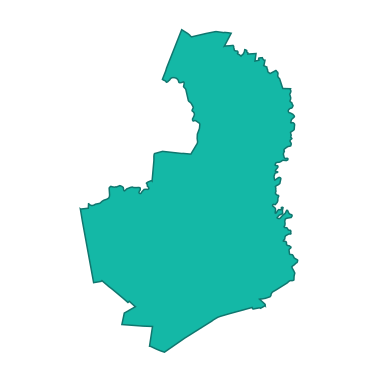 Sacalaz, Timis, Romania (Mercator projection), rotated 274°
{"feature_id": "2599482B38355602258624", "entity_name": "Sacalaz", "entity_type": "district", "adm_level": 2, "iso_a3": "ROU", "parent_name": "Romania", "parent_adm1": "Timis", "projection": "mercator", "projection_center": [21.049, 45.772], "detail": "fine", "context": "isolated", "style": "filled", "palette": "teal", "viewbox_px": 384, "rotation_deg": 274, "n_neighbors": 0, "source": "geoboundaries", "source_scale": "gbopen_adm2", "svg_char_len": 6099}
<svg xmlns="http://www.w3.org/2000/svg" viewBox="0 0 384 384"><g transform="rotate(274 192 192)"><path d="M133.3,298.6L135.7,297.2L136.4,296.5L136.5,295.8L136.6,294.0L137.0,293.6L141.0,292.8L141.8,293.1L143.1,294.4L143.9,294.6L145.1,292.9L145.3,291.2L145.6,290.5L146.7,289.8L147.8,289.9L149.1,289.2L149.3,288.4L149.3,286.6L149.6,286.5L150.2,286.7L151.5,287.8L153.7,287.9L154.9,288.5L156.8,291.4L156.9,292.2L156.9,293.1L157.3,293.6L158.6,293.3L159.7,293.4L160.5,293.0L160.7,292.6L160.6,291.6L160.9,290.7L162.7,289.4L162.9,289.0L163.0,288.5L163.0,287.0L163.5,286.4L164.0,286.3L164.9,286.8L165.7,287.0L167.3,287.0L169.1,286.6L171.4,286.9L171.8,287.3L172.5,288.7L173.5,292.7L175.0,293.5L175.9,293.4L176.3,292.9L176.7,291.3L177.1,290.6L177.8,290.0L180.3,288.6L180.4,288.0L180.3,287.7L177.1,286.4L175.1,284.1L171.9,281.7L171.5,280.7L171.7,279.3L172.0,278.8L172.5,278.7L174.9,280.5L175.8,282.2L176.9,283.8L177.4,283.9L179.8,283.5L182.8,283.9L183.1,283.3L182.8,282.3L182.4,282.2L181.1,282.4L180.6,282.2L180.4,281.5L180.5,280.1L180.5,279.7L179.2,278.6L177.2,277.6L176.8,277.2L176.7,276.7L176.8,276.5L177.5,276.4L180.0,276.6L181.4,276.3L182.1,275.6L183.7,273.4L184.0,273.3L184.8,273.4L185.4,274.1L185.2,275.8L185.3,276.1L186.5,276.8L187.4,277.6L189.2,278.2L192.0,278.1L193.9,278.8L194.6,278.5L194.7,277.3L196.1,275.5L197.1,275.3L198.5,275.7L200.7,275.3L201.5,275.4L203.2,274.8L204.3,275.9L205.3,277.6L206.6,279.0L211.4,279.7L211.9,279.6L212.4,279.0L212.7,278.0L212.4,277.3L209.8,274.1L209.7,273.6L209.9,273.5L213.0,272.7L215.9,273.3L216.5,273.7L216.9,274.2L217.4,275.7L217.9,276.1L218.2,275.7L218.3,274.3L218.5,273.8L219.0,273.7L220.1,274.1L222.4,275.8L223.1,276.0L223.9,275.8L224.2,275.4L224.3,273.4L224.7,273.0L225.0,273.0L226.7,273.5L227.3,274.4L227.6,275.2L227.6,275.9L227.9,277.3L228.6,278.6L229.5,279.6L230.0,280.6L229.9,283.9L230.6,285.1L230.8,285.3L231.5,285.4L232.0,285.3L232.2,284.9L232.3,284.4L231.9,283.0L232.2,282.1L233.0,281.5L236.1,280.5L237.1,280.6L239.0,281.3L239.4,281.2L239.5,280.8L240.6,280.8L241.6,281.4L242.0,282.1L242.7,282.7L243.1,283.4L243.9,284.2L244.7,286.9L245.0,287.3L246.4,287.6L247.5,287.5L249.7,286.1L250.8,286.5L252.2,287.9L252.8,287.5L253.6,286.6L255.7,287.0L256.8,286.5L258.4,286.1L258.7,286.4L259.1,287.0L260.9,289.2L261.7,289.6L264.5,289.6L266.1,289.7L267.1,289.4L268.0,288.4L268.2,287.7L268.1,286.6L267.8,286.1L267.9,285.8L268.1,285.6L271.2,286.2L273.8,288.6L274.3,288.9L274.6,288.8L275.3,288.5L276.6,287.1L277.7,284.6L277.9,283.3L278.9,282.5L279.9,282.3L281.0,282.8L281.8,283.6L282.4,284.4L282.5,285.2L283.1,286.0L285.1,286.8L285.7,286.6L286.2,286.0L287.9,285.4L289.0,283.7L289.6,283.3L291.6,283.9L293.0,283.9L296.4,282.6L297.6,283.2L298.9,283.6L299.7,283.6L301.1,282.9L301.9,283.1L301.6,275.3L310.6,271.7L311.2,271.4L312.2,270.2L313.2,269.6L313.8,269.4L316.3,269.5L317.4,269.1L317.5,268.8L319.0,267.4L319.1,267.2L315.6,261.6L317.1,259.4L317.6,259.1L319.1,258.9L320.9,258.0L321.8,258.0L323.1,254.7L324.5,255.1L328.5,255.6L328.4,255.0L329.0,254.1L329.8,253.3L330.9,252.8L330.6,250.6L330.2,249.3L329.4,249.2L328.3,249.7L328.1,249.6L327.0,245.7L334.6,246.2L333.5,238.1L334.7,238.1L335.6,236.8L337.0,236.7L337.6,235.4L337.7,234.7L335.3,234.4L333.1,233.4L331.4,231.6L331.0,231.4L331.9,230.2L332.8,228.6L332.8,228.3L333.0,227.9L333.4,227.7L334.7,228.2L335.7,227.5L335.8,225.4L336.4,224.4L337.1,224.1L337.9,224.0L338.9,223.5L340.3,223.4L341.1,222.7L340.5,219.2L339.9,214.5L339.7,214.1L353.1,220.0L353.4,217.1L353.5,213.4L353.2,212.8L353.7,205.3L353.6,204.1L351.1,194.9L346.7,180.7L347.5,179.5L348.3,178.8L349.8,176.7L353.2,170.4L314.0,158.0L310.8,157.3L302.3,154.6L301.7,155.6L301.0,157.6L300.5,158.2L299.8,158.7L299.7,159.0L300.3,160.1L301.3,160.9L302.1,161.8L303.6,162.7L304.2,163.4L304.5,163.9L304.8,165.0L304.8,166.8L304.4,168.4L303.7,169.4L302.5,170.5L300.6,171.2L300.2,171.7L300.2,173.1L300.6,174.3L301.2,175.5L301.2,176.0L300.7,176.4L299.3,176.6L296.6,176.2L295.9,176.7L294.8,178.0L293.8,178.7L282.9,182.0L282.2,182.6L281.4,183.8L280.4,185.0L276.8,187.3L276.0,187.3L273.7,186.4L273.1,186.4L272.9,186.5L272.1,187.7L271.4,188.3L270.8,188.7L269.4,189.0L267.7,188.6L264.8,187.4L263.6,187.6L263.1,187.9L262.9,188.3L263.0,188.7L263.4,189.6L263.5,190.1L263.2,191.1L261.1,194.6L260.2,195.1L255.9,195.0L250.1,193.3L245.8,193.4L242.4,194.1L240.9,193.9L229.7,188.2L229.9,180.4L229.7,179.2L230.5,159.8L227.7,151.9L226.7,151.6L225.1,151.5L220.8,151.8L200.1,151.4L200.5,150.9L200.4,150.4L198.9,147.4L197.8,146.0L197.3,146.0L196.6,146.8L194.6,147.1L194.1,147.9L193.7,148.3L192.6,148.7L192.3,148.7L191.9,148.3L191.5,147.7L191.5,145.9L191.2,144.0L190.1,143.2L189.0,142.2L187.0,141.1L186.8,140.5L186.9,139.9L187.2,139.4L187.8,139.1L189.2,139.4L190.0,140.0L190.6,140.2L191.9,140.1L192.5,139.9L192.7,139.6L192.8,138.4L192.5,136.1L192.4,133.8L192.5,133.0L192.8,132.1L192.3,130.3L190.5,126.6L188.9,125.3L188.4,124.4L188.9,123.8L191.7,123.1L191.9,122.9L192.6,121.8L193.2,120.2L193.3,119.5L193.2,119.1L192.6,118.2L192.1,116.9L191.7,116.5L191.8,115.5L191.4,114.4L191.6,112.2L191.9,111.1L191.9,110.4L190.5,109.2L189.9,109.1L183.3,110.0L181.5,109.9L180.1,109.3L178.8,107.4L177.7,104.7L176.5,103.0L174.8,101.4L174.3,100.8L173.1,96.5L172.2,95.3L171.6,93.7L171.5,92.8L172.1,90.9L172.6,90.1L173.7,89.6L168.6,89.7L167.2,82.1L167.4,81.8L155.2,84.7L94.7,100.2L96.5,107.6L97.3,108.3L91.8,115.7L91.3,116.5L89.3,119.5L81.2,130.7L77.3,135.8L78.6,137.1L73.8,143.2L73.6,143.5L66.5,132.9L54.9,131.3L54.8,152.4L55.1,162.0L35.2,160.4L35.2,161.2L32.8,167.4L31.4,171.5L30.3,175.7L45.8,195.0L64.7,220.9L65.9,222.2L68.8,226.4L70.0,229.1L73.1,237.5L81.0,260.0L80.0,260.5L79.5,261.1L81.1,267.1L81.1,267.5L80.8,268.6L81.2,268.7L81.3,269.1L81.8,270.1L83.3,272.3L84.1,272.6L83.7,273.0L84.9,272.8L85.3,272.5L89.8,266.8L90.0,267.4L90.2,269.2L91.0,272.5L92.9,277.1L93.6,277.6L94.5,278.0L96.0,278.1L97.8,279.2L100.3,282.9L108.0,293.4L109.1,294.4L110.2,295.6L110.4,296.1L110.6,298.3L111.0,299.4L111.4,299.8L115.2,299.7L118.3,300.2L120.8,298.8L122.7,297.5L124.3,296.8L125.1,297.4L126.6,299.2L128.3,300.7L128.9,301.6L129.4,301.9L131.0,302.2L131.6,302.0L133.3,298.6Z" fill="#14b8a6" stroke="#0f766e" stroke-width="1.5"/></g></svg>